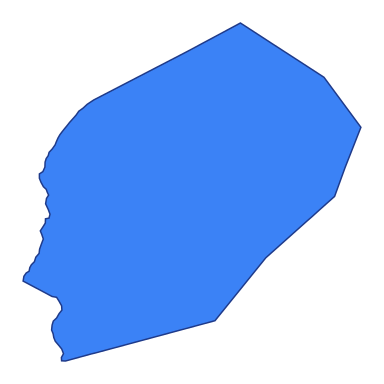 Barra do Choça, Bahia, Brazil (orthographic projection)
{"feature_id": "56859067B94003619672577", "entity_name": "Barra do Choça", "entity_type": "district", "adm_level": 2, "iso_a3": "BRA", "parent_name": "Brazil", "parent_adm1": "Bahia", "projection": "orthographic", "projection_center": [-40.669, -14.915], "detail": "fine", "context": "isolated", "style": "filled", "palette": "blue", "viewbox_px": 384, "rotation_deg": 0, "n_neighbors": 0, "source": "geoboundaries", "source_scale": "gbopen_adm2", "svg_char_len": 1098}
<svg xmlns="http://www.w3.org/2000/svg" viewBox="0 0 384 384"><path d="M360.9,127.3L324.0,77.3L307.7,66.7L271.9,43.5L240.4,23.0L187.6,51.3L94.0,99.8L91.4,101.5L87.2,104.3L83.1,108.1L78.8,111.2L76.1,115.1L72.3,119.4L69.6,122.4L67.1,125.6L64.7,128.5L62.3,131.5L59.9,134.7L58.0,138.0L56.4,141.6L55.1,144.9L52.1,149.1L49.1,152.3L48.2,155.7L46.2,158.5L45.1,162.1L44.9,167.1L42.9,171.6L39.4,173.9L39.4,178.3L41.0,182.3L43.4,186.7L46.2,189.3L47.3,192.3L48.6,195.1L46.5,198.4L45.6,203.8L48.3,209.6L50.0,214.2L49.0,218.1L45.5,218.8L45.3,223.1L42.8,227.1L40.3,230.9L41.7,234.2L43.3,239.0L41.3,244.3L39.6,249.1L39.1,253.4L35.8,257.2L34.4,261.7L31.4,264.7L29.8,267.6L29.1,271.2L26.2,273.0L23.9,276.3L23.1,281.1L52.1,296.5L56.6,297.3L59.0,301.1L61.6,305.8L61.9,310.1L59.1,313.6L56.6,318.0L53.3,321.1L52.1,325.1L51.6,330.0L53.1,333.7L53.8,337.6L55.3,341.3L58.8,345.4L61.7,349.0L63.5,353.7L61.4,357.5L61.6,360.8L65.5,361.0L91.0,354.0L95.2,353.0L215.0,320.7L218.2,316.7L265.8,257.8L306.8,221.2L312.2,216.5L319.8,209.6L334.6,196.4L345.1,167.5L360.9,127.3Z" fill="#3b82f6" stroke="#1e3a8a" stroke-width="1.5"/></svg>